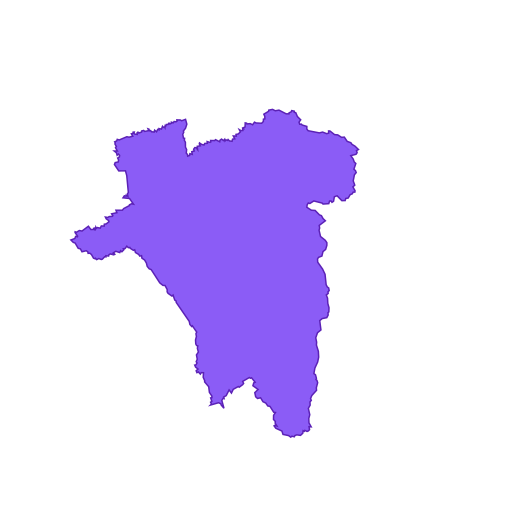 outline of Santo Domingo, Santo Domingo de los Tsáchilas, Ecuador, rotated 326°
{"feature_id": "8360857B50709521665039", "entity_name": "Santo Domingo", "entity_type": "district", "adm_level": 2, "iso_a3": "ECU", "parent_name": "Ecuador", "parent_adm1": "Santo Domingo de los Tsáchilas", "projection": "equal_earth", "projection_center": [-79.222, -0.341], "detail": "fine", "context": "isolated", "style": "filled", "palette": "violet", "viewbox_px": 512, "rotation_deg": 326, "n_neighbors": 0, "source": "geoboundaries", "source_scale": "gbopen_adm2", "svg_char_len": 6105}
<svg xmlns="http://www.w3.org/2000/svg" viewBox="0 0 512 512"><g transform="rotate(326 256 256)"><path d="M176.1,409.9L179.6,415.6L178.6,419.0L182.6,423.1L183.5,425.6L185.0,425.5L186.7,427.3L187.8,426.6L189.8,427.1L192.6,429.6L195.7,429.1L197.4,427.2L198.0,428.4L199.0,427.9L200.2,430.0L201.6,430.3L203.3,429.9L204.5,427.2L206.2,428.5L206.6,424.0L208.9,420.2L211.8,417.7L214.2,411.6L217.5,409.9L219.1,407.2L221.1,406.6L221.5,404.7L224.2,402.9L231.1,401.2L232.3,399.0L236.3,395.5L237.0,393.1L236.6,392.0L237.7,391.2L238.9,387.7L238.2,385.9L242.2,381.8L247.8,378.4L251.4,374.9L254.4,369.9L256.3,363.6L258.1,361.3L259.8,357.2L264.1,354.0L268.5,353.6L272.7,345.2L275.9,344.9L280.2,346.7L282.8,345.3L284.0,343.2L285.1,343.1L287.6,339.7L289.0,335.5L291.7,331.0L292.5,327.6L294.9,327.4L295.6,326.0L297.3,325.6L298.4,323.1L297.8,321.6L298.1,319.0L303.0,309.8L303.9,304.1L303.7,295.6L305.4,292.8L307.1,292.1L310.6,292.9L314.0,289.8L317.4,289.5L320.7,286.8L322.2,284.6L322.2,281.7L320.4,275.9L322.7,269.9L324.4,268.4L325.5,266.0L333.2,265.6L332.5,262.5L332.8,259.1L331.6,257.4L330.5,251.3L327.5,249.0L325.4,244.0L327.0,242.2L329.0,241.3L330.0,242.6L334.7,242.7L340.4,249.1L340.6,250.4L345.6,253.3L347.7,251.6L348.9,252.3L349.0,254.0L350.9,254.0L354.1,250.7L356.9,251.4L358.1,258.1L360.9,259.9L362.6,258.5L364.8,259.5L368.4,257.8L370.6,258.3L372.2,257.4L373.7,258.3L374.6,257.3L375.0,252.9L377.5,252.5L378.6,248.1L383.0,243.7L385.7,242.9L386.2,240.9L385.7,238.8L390.5,235.1L390.0,233.1L390.8,230.0L390.7,225.8L395.8,227.6L397.6,226.9L398.2,224.8L400.5,225.0L399.5,220.3L398.0,217.1L398.0,215.1L395.7,212.0L395.7,206.8L393.3,205.5L391.5,201.3L389.0,199.3L387.2,193.7L386.1,192.9L385.0,194.8L383.0,194.1L380.5,190.5L377.4,189.4L369.3,181.3L369.1,179.2L370.6,177.0L367.5,173.2L367.4,172.1L365.9,171.2L366.5,169.1L369.2,168.1L368.3,163.5L369.1,159.4L368.1,158.3L368.7,157.3L366.9,155.4L365.7,156.2L363.5,155.8L362.9,156.6L360.5,155.0L356.6,147.9L353.2,146.4L351.7,143.7L348.1,142.2L347.4,143.1L341.8,142.8L341.4,145.1L340.0,147.3L338.7,146.7L337.3,148.6L334.9,149.1L330.5,145.8L329.6,144.2L326.6,145.3L325.2,143.0L322.3,141.4L322.5,140.6L321.5,139.6L319.1,142.9L317.3,142.6L317.0,143.5L316.4,142.6L315.3,144.6L313.6,143.6L312.8,141.9L312.4,144.4L309.5,144.9L307.4,144.0L306.7,145.6L304.3,143.8L303.9,147.0L301.9,146.0L300.3,147.5L298.3,145.7L298.0,143.8L297.0,144.2L296.1,143.0L294.6,143.3L295.3,141.7L293.6,142.1L292.8,139.8L290.8,139.9L289.8,141.0L287.5,136.9L286.3,137.2L283.0,134.9L282.3,136.2L281.4,136.1L279.5,133.8L278.7,135.4L276.4,134.0L275.0,134.9L273.4,133.2L272.4,130.7L271.7,131.3L271.4,133.5L268.6,132.2L267.1,135.1L267.0,132.8L265.9,131.9L264.0,132.6L263.5,134.4L261.1,133.6L260.0,136.1L258.4,134.2L257.2,135.5L255.2,135.0L256.0,133.5L255.7,131.7L258.0,129.0L258.4,126.3L261.1,122.2L261.3,120.0L262.6,118.5L261.8,117.7L263.3,114.2L265.3,113.0L265.7,111.8L269.0,110.7L272.4,108.0L274.0,103.3L270.0,102.3L269.3,100.9L266.5,98.9L266.0,100.0L264.7,100.0L263.3,98.7L261.9,99.3L260.8,97.9L260.5,98.7L258.5,98.4L258.8,97.8L257.8,97.1L256.7,97.8L255.1,96.8L253.9,97.7L253.6,97.1L252.3,98.7L252.4,97.8L251.1,97.5L251.0,96.2L248.6,97.9L246.8,96.1L246.2,97.2L245.3,96.1L243.0,97.4L242.3,95.0L240.9,96.3L238.8,94.5L238.8,93.1L237.6,92.6L238.2,91.0L237.6,90.2L237.4,91.4L236.5,91.8L233.4,90.5L233.1,89.1L231.1,88.4L230.4,89.3L227.7,88.5L227.8,89.3L227.4,87.3L226.1,87.5L225.5,88.8L223.7,87.2L223.4,86.0L224.4,85.2L223.4,84.6L222.5,85.6L221.0,85.0L220.8,87.8L217.2,86.5L215.6,84.9L207.5,83.3L206.2,81.7L204.9,82.7L202.7,82.3L202.6,83.6L201.7,84.2L201.5,87.1L200.1,87.6L199.8,91.4L197.2,89.7L198.0,92.4L197.2,94.8L198.9,94.5L199.2,96.3L198.1,97.5L196.1,97.4L195.8,99.5L194.4,101.0L191.5,99.8L189.8,101.0L189.8,108.7L195.4,112.4L193.8,117.1L185.6,132.1L184.3,132.4L183.2,134.8L182.6,133.4L182.4,134.0L180.5,132.5L178.3,133.4L183.3,137.6L183.4,144.5L182.0,143.1L179.7,142.8L179.3,143.4L172.9,142.7L170.8,143.3L165.5,139.7L164.9,142.3L159.9,140.3L159.8,142.6L159.0,142.8L156.3,141.2L154.7,141.2L152.9,139.5L152.6,141.4L153.6,144.1L153.2,145.4L149.7,145.6L148.0,144.8L146.9,146.3L144.6,144.6L142.4,145.8L140.4,143.7L139.1,143.8L139.3,142.5L136.9,144.9L137.6,142.5L136.9,142.3L136.4,143.3L133.9,141.7L133.7,137.6L125.7,138.0L123.8,136.1L120.4,135.9L119.6,134.8L119.1,135.4L119.2,139.8L118.7,140.2L117.4,138.9L115.6,140.2L111.5,139.2L112.1,142.5L113.3,144.1L112.9,150.2L114.4,151.9L114.1,155.2L118.2,156.7L118.9,158.5L118.3,159.9L119.8,160.8L120.4,162.7L120.1,166.9L121.1,168.4L121.7,168.2L121.9,169.9L124.3,170.2L125.8,172.4L126.9,172.7L130.1,172.0L131.1,172.8L131.7,171.8L133.8,173.6L134.7,172.7L136.4,172.8L137.1,173.8L138.7,174.2L138.2,175.1L138.8,175.5L139.9,175.6L139.6,173.6L142.4,173.7L145.0,177.0L146.7,175.9L147.2,177.5L150.0,176.9L150.1,175.8L151.7,176.6L154.4,175.6L154.8,177.7L156.2,178.4L156.0,179.2L157.5,182.7L158.9,183.0L158.0,185.7L159.6,189.1L159.6,191.1L161.3,191.7L160.2,194.0L161.4,197.0L161.2,200.5L160.0,203.8L160.3,206.9L161.5,208.7L161.2,224.5L162.4,228.3L164.1,229.6L163.6,234.2L162.3,236.0L162.2,237.8L163.9,242.2L165.4,242.0L164.0,247.1L164.6,248.7L163.9,249.9L164.1,272.8L162.9,275.8L163.3,278.5L164.2,278.3L164.3,285.9L162.7,286.9L161.6,289.4L158.9,291.8L156.9,295.2L156.7,297.0L157.5,298.0L155.8,299.7L154.5,303.4L151.3,304.7L149.6,308.7L147.3,310.2L147.3,311.7L145.2,312.7L144.2,312.2L143.8,314.3L144.7,317.3L142.2,317.7L141.8,319.7L143.4,319.9L143.8,322.8L145.4,322.1L147.2,323.4L144.4,327.0L143.7,330.9L143.0,331.6L143.7,337.9L141.1,343.0L141.1,347.4L140.2,348.8L139.1,348.3L138.1,351.8L136.6,351.8L136.3,353.8L134.9,354.1L142.9,356.7L144.2,358.8L143.8,360.1L144.3,364.3L146.9,356.6L149.1,355.6L149.8,356.4L150.4,354.8L153.2,355.1L158.8,352.0L159.0,355.9L162.6,353.8L168.3,354.3L168.7,355.4L173.0,355.2L174.5,354.7L174.8,352.5L182.5,353.0L183.0,354.2L184.2,354.5L184.7,360.2L183.2,359.9L180.9,361.8L183.1,367.8L178.6,368.6L177.0,372.5L177.6,375.0L180.5,376.1L180.3,380.7L181.9,383.4L181.9,386.9L183.5,388.5L183.3,395.4L184.6,396.6L181.5,397.9L179.1,401.3L179.5,404.0L178.4,405.3L178.3,408.6L177.0,406.9L176.0,406.9L176.1,409.9Z" fill="#8b5cf6" stroke="#5b21b6" stroke-width="1.5"/></g></svg>